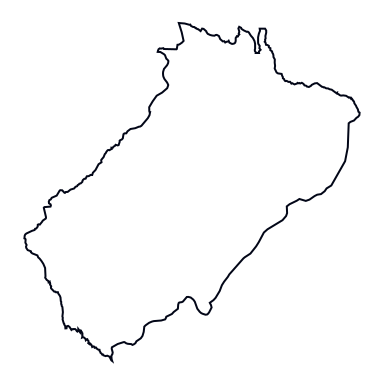 outline of Sigsig, Azuay, Ecuador
{"feature_id": "8360857B4650736479610", "entity_name": "Sigsig", "entity_type": "district", "adm_level": 2, "iso_a3": "ECU", "parent_name": "Ecuador", "parent_adm1": "Azuay", "projection": "natural_earth1", "projection_center": [-78.88, -3.133], "detail": "fine", "context": "isolated", "style": "outline", "palette": "ink", "viewbox_px": 384, "rotation_deg": 0, "n_neighbors": 0, "source": "geoboundaries", "source_scale": "gbopen_adm2", "svg_char_len": 5777}
<svg xmlns="http://www.w3.org/2000/svg" viewBox="0 0 384 384"><path d="M265.1,28.7L259.7,28.7L260.0,30.8L258.9,33.6L258.1,37.2L258.1,42.5L258.3,43.8L259.7,45.9L259.4,48.3L260.6,49.8L259.0,51.4L258.8,52.1L259.0,53.0L255.7,53.0L255.8,52.3L254.9,51.1L254.8,49.8L255.1,48.8L255.1,43.8L254.5,41.1L252.9,38.0L250.8,35.6L248.8,32.4L247.8,31.7L246.7,31.8L243.8,30.4L241.5,28.9L241.1,27.8L239.2,26.8L238.4,28.4L239.3,31.8L238.7,33.7L239.3,34.4L238.3,35.5L238.0,36.4L237.7,36.6L236.9,36.2L235.7,38.0L235.7,41.0L235.2,42.7L234.2,43.5L232.7,43.9L231.6,43.8L229.4,42.6L228.7,40.9L228.3,41.4L226.5,41.8L225.2,42.5L224.3,41.2L222.8,41.4L220.2,39.1L218.9,36.0L216.8,34.9L215.7,35.0L214.5,35.7L212.2,35.5L210.2,35.0L207.7,33.8L206.5,32.1L206.3,31.3L203.6,28.9L202.1,28.6L200.6,31.1L198.2,29.2L197.3,29.1L196.1,28.1L195.6,28.2L194.5,27.1L192.9,26.9L191.0,25.9L190.3,24.6L189.5,24.8L184.7,23.5L178.8,23.0L181.7,32.3L183.6,40.9L182.0,42.6L179.7,44.2L178.6,44.7L177.5,44.8L176.8,49.0L176.4,49.3L163.9,49.0L163.4,48.2L160.9,48.6L159.7,48.4L158.6,49.2L158.0,50.6L157.7,51.9L160.4,52.0L164.0,54.2L165.0,55.2L166.3,58.7L167.5,59.7L168.4,61.0L168.1,63.2L167.1,65.2L164.0,68.9L163.1,71.9L163.0,73.7L163.2,75.9L163.6,77.2L164.5,79.1L167.1,82.5L168.2,84.8L168.2,85.3L167.2,88.2L162.1,92.6L156.7,95.7L152.7,101.3L149.2,107.2L149.3,111.1L149.6,112.1L150.1,112.1L150.0,112.6L149.5,115.2L147.8,118.2L141.4,125.8L140.0,126.6L138.9,126.7L135.2,128.2L130.5,129.0L127.5,131.3L126.3,133.3L124.4,133.4L123.5,134.2L122.8,138.4L121.8,139.5L120.0,140.3L119.6,140.8L119.7,141.8L118.6,145.1L117.7,145.4L115.6,144.8L114.9,145.9L113.6,146.6L112.7,147.8L111.5,147.7L111.7,149.0L110.4,149.5L109.6,150.2L108.6,150.0L107.7,150.2L106.4,151.8L105.7,153.2L104.8,154.1L103.6,157.1L101.4,159.7L101.2,160.2L101.5,162.3L98.6,164.2L95.5,170.0L92.9,172.7L92.2,175.0L90.7,174.9L88.8,176.1L86.8,176.3L85.6,178.7L84.3,178.8L83.1,179.8L82.6,180.5L82.3,181.9L80.7,183.4L79.4,183.7L78.7,184.6L77.7,185.1L77.1,186.2L75.5,186.8L74.1,188.5L70.5,189.6L67.7,191.9L65.8,192.0L65.1,192.8L64.5,192.8L62.2,190.3L60.2,190.2L59.6,190.7L56.7,195.6L51.7,197.8L50.8,199.4L49.4,200.1L48.8,201.7L49.0,203.3L50.6,204.4L50.9,205.5L50.5,206.6L44.4,207.1L43.8,207.8L45.9,216.7L46.0,217.7L45.8,218.5L42.7,220.7L42.3,221.5L39.8,224.6L38.7,224.3L37.8,224.7L37.7,226.6L36.3,228.5L35.1,228.8L34.6,230.0L32.1,230.8L26.4,233.5L25.2,234.5L24.7,235.7L24.4,238.4L25.3,238.8L25.6,239.6L25.4,242.7L26.6,245.0L26.0,246.7L26.3,248.0L27.7,250.1L30.8,251.2L31.0,251.4L30.9,252.2L32.3,253.4L37.4,255.4L38.2,257.4L39.6,258.6L41.4,260.9L43.3,263.8L45.1,268.0L45.5,276.3L45.2,277.7L46.7,279.9L48.3,281.0L48.5,281.9L49.3,281.7L49.0,282.6L50.0,282.6L50.2,283.7L50.0,284.5L51.2,286.3L50.9,287.1L51.1,288.4L54.3,291.7L55.5,291.7L56.0,292.3L57.9,292.2L58.2,293.4L59.9,295.9L60.5,297.5L60.8,301.1L61.2,301.7L61.2,304.0L61.6,304.7L61.7,305.9L62.4,307.0L62.9,312.2L62.4,316.4L62.8,317.8L62.6,319.4L63.7,323.2L64.2,323.7L64.2,324.5L65.2,326.0L65.4,328.4L66.5,328.3L66.8,326.3L68.1,325.9L69.5,326.9L71.4,329.9L72.2,329.1L72.9,329.4L73.7,329.0L75.2,329.1L76.4,330.3L76.8,331.2L77.4,331.6L78.3,330.6L78.3,329.0L79.2,330.2L79.4,331.4L80.2,332.5L80.7,330.5L81.0,330.6L81.2,331.4L81.7,331.9L81.5,332.8L82.3,333.1L82.5,334.1L82.1,334.9L82.5,335.7L82.1,337.5L82.9,337.1L84.1,337.6L85.5,338.9L85.8,340.2L86.8,339.3L87.3,339.2L87.7,340.2L88.4,340.8L88.6,341.9L88.3,343.1L89.0,343.3L89.0,343.8L89.6,344.2L89.8,343.3L90.3,343.6L91.6,345.2L92.2,347.0L93.3,346.4L94.1,346.6L94.6,347.7L95.3,347.4L96.2,347.6L96.4,348.4L98.4,349.7L99.5,349.8L99.6,350.9L100.1,351.5L100.5,352.8L101.7,353.7L102.1,354.5L103.0,354.5L103.3,355.3L105.6,356.1L107.3,355.7L109.5,356.7L111.3,360.3L112.2,361.0L111.6,359.1L111.4,355.8L112.4,354.1L112.7,352.4L111.7,348.8L111.9,347.3L117.7,344.0L123.7,342.1L124.5,342.1L126.2,343.3L127.8,343.8L131.3,344.1L132.4,344.9L133.7,344.4L135.4,343.2L136.4,341.3L140.8,338.3L142.5,335.9L143.7,331.9L144.3,326.6L145.6,325.3L149.1,322.8L151.9,321.6L153.8,321.1L161.2,320.5L165.1,319.4L165.7,318.5L166.3,316.7L171.9,314.0L173.8,311.9L177.9,308.8L178.2,304.6L178.7,303.0L179.3,302.5L181.9,302.1L183.0,301.5L186.8,297.0L188.3,296.9L190.7,297.5L193.3,299.6L194.8,301.7L197.3,308.7L199.7,311.8L201.2,313.1L202.7,313.8L205.5,314.7L207.1,314.5L207.9,313.9L209.1,312.4L211.6,307.5L211.0,305.1L209.8,302.8L213.5,300.1L215.6,297.8L219.7,291.0L221.9,285.2L224.1,281.7L227.9,276.8L229.3,274.4L243.3,258.5L244.7,257.3L250.4,253.6L256.1,246.4L258.8,242.1L263.9,232.5L267.5,229.3L282.5,220.2L286.1,216.0L287.1,213.1L286.8,206.4L289.6,204.2L296.8,200.7L299.4,199.0L305.8,200.9L309.5,199.6L314.5,196.1L317.2,194.7L321.0,194.1L324.7,191.2L326.6,188.4L331.3,185.5L345.1,161.2L347.8,147.3L348.7,123.3L350.4,121.9L354.0,120.5L356.5,117.8L358.2,116.7L359.4,115.1L359.6,112.6L358.4,111.7L357.9,109.4L356.4,106.8L356.0,105.7L354.4,103.4L354.1,101.9L353.3,100.6L353.0,100.6L352.2,99.1L351.6,99.1L351.6,98.4L351.1,97.8L350.6,98.1L350.4,97.6L348.8,97.6L348.7,97.2L348.2,97.2L346.1,95.8L343.3,95.4L341.0,95.6L339.6,95.1L338.6,94.2L337.0,93.6L337.1,92.7L336.5,93.0L336.0,92.9L331.7,89.7L329.4,89.2L328.3,88.5L326.1,88.3L324.4,87.3L323.6,87.4L322.9,86.9L322.0,86.8L317.1,83.1L314.7,83.4L311.7,84.9L311.0,85.8L308.9,87.0L306.8,86.5L306.5,86.0L305.8,85.6L304.5,85.4L303.5,83.9L301.8,82.8L300.1,83.5L299.3,83.0L298.4,83.3L297.5,82.9L297.1,83.5L294.5,84.4L292.2,83.2L291.4,83.6L290.1,81.8L288.4,81.9L286.7,80.9L285.3,81.1L284.5,80.3L284.1,79.1L282.9,78.3L282.8,76.9L282.2,75.9L281.6,73.9L278.0,73.4L276.6,72.5L274.7,68.5L275.1,65.9L274.7,62.7L274.8,59.4L273.5,57.1L273.4,55.3L273.1,54.0L272.2,52.5L272.1,51.4L270.3,50.1L270.4,48.2L268.9,47.4L268.8,45.8L267.3,45.0L266.0,44.8L265.5,42.6L264.7,41.8L265.2,41.1L265.1,39.4L265.6,38.5L265.4,36.0L266.2,32.8L266.2,30.5L265.1,28.7Z" fill="none" stroke="#020617" stroke-width="2"/></svg>